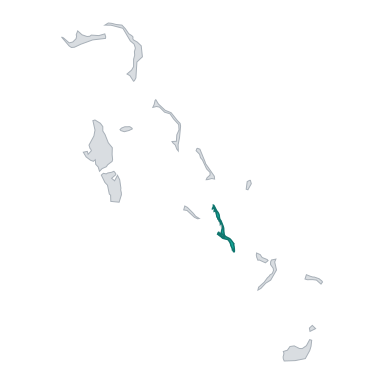 location of Long Island within The Bahamas
{"feature_id": "BHS-5033", "entity_name": "Long Island", "entity_type": "District", "adm_level": 1, "iso_a3": "BHS", "parent_name": "The Bahamas", "parent_adm1": "", "projection": "equal_earth", "projection_center": [-75.131, 23.273], "detail": "fine", "context": "in_parent", "style": "filled", "palette": "teal", "viewbox_px": 384, "rotation_deg": 0, "n_neighbors": 0, "source": "natural_earth", "source_scale": "10m", "svg_char_len": 4677}
<svg xmlns="http://www.w3.org/2000/svg" viewBox="0 0 384 384"><path d="M112.3,147.7L112.1,154.5L112.6,159.6L112.1,161.4L107.6,164.8L106.4,166.7L102.1,168.6L99.5,171.3L98.2,167.0L95.7,164.3L95.3,159.7L93.4,161.3L90.6,160.3L86.1,156.9L83.3,152.2L87.3,151.4L88.1,154.3L91.4,150.7L90.6,148.9L90.1,148.6L89.0,145.1L93.9,136.0L95.0,130.1L92.9,120.6L95.0,120.0L100.4,123.3L102.8,126.6L102.8,131.0L105.0,134.5L108.3,142.8L112.3,147.7ZM115.7,173.5L115.8,174.7L111.6,178.3L114.6,180.8L117.5,175.3L119.7,179.8L120.9,188.2L120.7,189.6L120.9,190.9L121.3,192.5L121.4,194.8L119.1,202.2L110.8,201.4L110.6,195.2L109.3,194.0L107.5,185.2L104.9,182.4L101.3,175.1L103.4,173.3L106.2,173.9L107.7,173.0L111.5,172.3L113.9,171.3L115.7,173.5ZM311.0,346.4L309.7,350.6L305.3,358.6L295.2,360.6L284.2,361.0L283.3,358.8L283.1,356.9L283.9,353.9L283.8,352.7L283.3,351.5L287.4,350.2L290.0,346.5L294.2,345.9L299.4,348.5L302.2,348.6L306.4,345.7L309.7,339.6L311.7,340.3L311.0,346.4ZM134.4,80.7L133.5,81.2L129.9,75.6L127.0,74.0L131.6,70.1L133.6,66.7L133.6,59.3L134.7,55.2L134.4,51.7L135.4,48.1L134.1,44.1L130.3,40.9L122.9,28.3L111.0,25.2L104.9,25.1L108.3,23.0L111.4,23.3L116.2,24.5L121.9,25.1L125.4,28.8L128.7,33.7L131.8,35.7L133.0,37.0L132.8,38.4L133.3,39.8L137.3,42.1L141.2,45.8L142.4,56.8L136.9,62.0L135.9,77.9L134.4,80.7ZM82.0,34.8L87.0,36.5L89.7,36.3L91.3,35.1L98.8,35.6L104.8,33.9L105.7,36.9L105.5,38.4L92.7,39.9L80.9,44.2L74.5,47.2L71.4,47.5L69.1,45.9L61.5,37.0L63.5,37.9L69.2,42.9L72.8,42.0L76.1,38.7L76.6,36.1L76.2,34.9L77.7,30.9L82.0,34.8ZM158.4,104.0L165.2,110.3L171.1,112.7L177.4,120.6L180.1,123.4L180.6,126.0L179.5,137.7L178.1,144.8L178.3,151.0L176.8,149.1L175.3,145.1L172.8,142.8L172.0,141.5L176.4,141.3L176.8,134.9L179.0,129.9L178.7,124.6L173.5,118.9L170.0,113.8L164.6,112.2L159.5,107.1L156.5,106.5L152.8,107.4L154.2,104.4L155.1,100.4L155.8,99.7L158.4,104.0ZM234.0,249.9L233.8,251.3L228.4,240.0L221.7,237.3L217.9,234.6L218.7,233.0L221.4,232.3L221.8,228.8L220.7,224.9L217.1,217.1L215.2,211.8L214.3,210.6L214.0,206.2L218.2,213.0L219.9,219.1L222.7,225.1L224.6,235.4L230.0,238.9L233.8,243.9L234.0,249.9ZM260.9,288.4L257.9,290.1L258.6,287.2L264.2,282.2L267.4,277.8L269.1,276.3L269.8,275.1L272.3,273.5L273.5,270.6L273.2,268.3L270.5,264.5L270.6,261.9L271.5,260.0L275.9,259.1L274.7,262.0L276.5,270.0L270.7,280.1L265.7,283.2L260.9,288.4ZM214.3,176.2L214.6,179.1L211.8,178.5L207.7,179.6L206.2,179.7L207.1,177.7L210.0,175.1L210.1,172.5L206.6,168.9L202.4,159.9L200.5,157.7L199.6,154.3L196.1,150.7L196.8,148.7L197.5,148.3L199.9,149.2L205.2,162.2L205.5,163.5L214.3,176.2ZM310.1,276.2L312.7,277.0L314.1,277.0L319.0,278.7L321.9,281.0L322.5,282.0L321.0,284.1L316.5,280.1L312.6,279.6L307.2,279.7L305.0,279.0L306.4,274.7L310.1,276.2ZM267.1,259.5L268.1,260.6L265.4,262.8L259.3,260.0L257.9,260.2L256.7,257.2L256.3,255.0L256.6,253.0L260.2,254.6L262.1,257.5L267.1,259.5ZM129.0,130.5L124.3,131.7L120.9,130.6L120.0,129.6L121.5,128.1L124.7,126.8L129.8,126.7L132.0,128.2L132.3,128.9L129.0,130.5ZM199.3,218.5L197.6,218.8L194.4,217.3L187.1,210.5L183.7,209.9L184.8,206.0L187.4,207.4L193.3,213.3L195.6,216.2L199.3,218.5ZM251.3,183.7L247.9,189.8L246.2,189.2L247.2,181.6L249.5,180.4L250.4,180.4L251.3,183.7ZM315.6,328.6L310.0,331.4L309.4,328.1L312.3,325.4L315.6,328.6Z" fill="#d9dde1" stroke="#a8b0b8" stroke-width="1"/><path d="M233.3,245.0L233.8,245.6L234.1,247.0L234.3,248.8L234.4,251.0L234.3,251.6L234.1,251.8L233.5,251.6L233.3,251.2L233.0,249.3L232.8,249.4L232.4,249.7L232.1,248.2L230.9,245.6L230.5,243.2L230.1,242.5L228.7,240.3L228.2,239.8L227.7,239.5L222.9,238.3L221.8,237.5L221.3,236.9L218.3,234.6L217.6,234.2L217.8,233.7L218.0,233.2L218.2,232.7L218.5,232.3L218.8,232.3L219.2,233.1L220.4,233.8L220.8,234.6L219.8,234.4L219.4,234.2L219.7,234.9L220.1,235.4L220.6,235.8L221.1,235.7L221.7,236.1L222.5,237.0L222.8,237.3L223.3,237.4L224.0,237.5L224.4,237.3L224.1,236.7L221.7,233.4L221.4,232.4L221.6,230.9L221.9,229.8L222.3,228.9L222.6,228.0L222.5,226.7L222.2,225.2L221.8,223.8L221.1,223.0L220.5,223.7L220.6,222.4L219.0,220.7L219.1,219.5L218.5,219.3L218.0,219.1L217.8,218.6L217.9,218.0L217.1,217.1L216.8,216.2L216.5,213.7L215.7,211.0L215.2,210.7L215.0,210.9L214.7,211.1L214.2,211.3L214.5,208.6L214.2,207.8L213.4,208.7L213.8,207.9L213.9,207.7L214.2,207.5L213.7,207.3L213.3,207.7L213.0,208.3L212.5,208.7L212.5,208.3L212.9,207.7L213.2,207.0L213.4,206.2L213.4,205.2L213.6,205.3L213.8,205.4L214.0,205.7L214.2,206.0L216.7,211.0L217.2,211.4L218.0,212.5L218.7,213.8L219.1,214.9L219.6,218.7L220.1,219.7L220.9,220.7L223.3,226.7L223.3,227.2L223.6,227.8L223.7,229.0L223.7,231.5L224.1,234.2L224.8,235.9L226.0,236.9L229.6,238.6L231.1,240.1L233.9,243.9L233.7,244.2L233.4,244.7L233.3,245.0Z" fill="#14b8a6" stroke="#0f766e" stroke-width="1.5"/></svg>